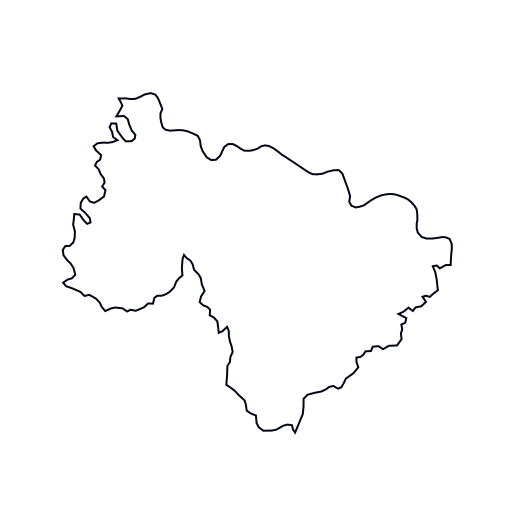 outline of Pinhal da Serra, Rio Grande do Sul, Brazil, rotated 349°
{"feature_id": "56859067B60137678530591", "entity_name": "Pinhal da Serra", "entity_type": "district", "adm_level": 2, "iso_a3": "BRA", "parent_name": "Brazil", "parent_adm1": "Rio Grande do Sul", "projection": "robinson", "projection_center": [-51.231, -27.853], "detail": "fine", "context": "isolated", "style": "outline", "palette": "ink", "viewbox_px": 512, "rotation_deg": 349, "n_neighbors": 0, "source": "geoboundaries", "source_scale": "gbopen_adm2", "svg_char_len": 3746}
<svg xmlns="http://www.w3.org/2000/svg" viewBox="0 0 512 512"><g transform="rotate(349 256 256)"><path d="M192.1,93.8L190.8,86.7L189.8,82.1L188.0,78.4L183.7,76.0L177.6,76.2L172.4,77.7L167.8,78.7L162.8,78.0L158.5,76.5L151.3,75.2L152.6,79.1L153.5,83.0L150.0,87.3L145.6,92.3L149.7,92.9L153.2,93.4L156.2,97.2L156.7,103.0L158.0,109.2L160.7,114.0L159.3,117.7L155.7,119.5L150.2,118.7L148.0,115.5L146.3,112.0L143.8,106.4L144.1,99.4L139.3,98.2L136.9,101.6L138.4,106.6L138.4,112.0L142.1,115.8L136.9,116.8L132.1,116.6L127.4,115.5L121.9,115.1L117.5,117.3L119.1,121.8L123.2,127.4L121.4,131.7L117.7,133.3L115.2,136.4L118.1,140.9L119.1,145.9L121.5,150.9L121.4,155.0L118.2,158.5L120.8,162.6L118.2,168.5L112.1,171.5L107.2,172.9L103.4,170.8L100.8,165.3L97.4,166.7L94.1,170.4L92.7,176.0L96.7,181.2L100.1,187.2L99.9,191.5L96.4,192.2L93.8,188.3L90.8,181.7L85.6,180.1L84.0,185.8L82.5,190.1L82.9,197.5L81.4,203.7L79.2,207.9L75.0,210.5L70.7,209.9L67.5,213.1L67.2,218.5L69.8,224.0L72.5,227.8L74.6,232.9L75.0,239.9L70.9,242.8L66.5,243.2L61.6,245.4L63.9,249.5L69.0,252.4L76.9,257.8L80.0,262.5L84.9,262.3L90.7,267.2L93.7,271.9L94.8,276.4L97.5,281.3L103.6,279.8L108.1,279.7L111.5,280.9L114.9,281.8L119.0,285.9L122.5,284.8L127.5,286.8L133.1,285.7L136.4,284.9L141.0,282.0L145.8,283.1L148.2,277.7L151.4,276.2L156.0,277.0L159.9,276.4L164.5,274.7L169.5,271.2L172.8,266.0L176.5,262.9L180.1,261.0L180.8,254.5L182.3,248.6L183.4,244.8L185.5,241.2L187.6,244.9L190.6,247.8L192.2,251.9L192.6,257.8L196.1,263.0L197.6,267.2L197.4,273.7L198.9,280.5L194.4,285.1L191.9,290.5L194.8,294.4L198.5,296.7L200.7,300.0L199.3,305.3L203.0,308.5L205.6,312.8L205.2,319.3L204.8,324.3L208.7,323.4L214.1,320.0L215.0,324.5L214.1,329.1L214.1,335.0L214.8,339.5L214.8,345.7L211.5,350.4L210.2,355.1L207.0,358.4L205.7,363.8L204.6,368.5L202.3,376.8L205.2,379.6L209.2,384.0L212.8,389.6L217.2,395.5L217.7,399.5L217.4,406.0L220.5,409.3L225.5,412.6L224.7,420.0L226.0,424.6L229.9,428.9L234.2,429.7L238.4,430.4L243.1,430.3L250.3,427.8L254.7,427.5L259.0,428.9L259.2,433.2L260.7,436.8L271.7,420.2L273.9,413.0L275.5,405.2L280.2,402.0L287.4,401.5L294.5,401.5L299.3,400.2L302.8,398.5L307.1,398.3L311.3,401.9L314.8,401.1L318.1,397.2L320.8,393.5L325.3,391.5L329.3,389.6L335.2,384.8L334.4,379.2L335.2,374.9L339.2,375.0L342.5,373.4L345.3,370.5L350.7,371.2L353.3,367.3L359.0,367.9L362.9,371.7L369.3,369.5L377.3,370.7L383.0,365.5L383.5,359.5L385.5,356.2L385.6,351.0L389.9,349.9L391.7,345.6L388.1,342.8L384.8,340.1L390.2,338.8L395.8,335.8L399.5,339.9L402.8,336.9L408.6,336.9L414.1,333.5L411.7,327.8L415.2,327.4L418.8,329.3L422.7,326.9L428.0,324.3L428.4,318.9L428.9,313.5L428.9,306.3L427.6,299.8L431.5,299.8L434.1,303.2L440.5,301.1L445.4,302.0L446.5,297.2L447.8,292.2L449.7,285.9L450.4,281.4L449.3,276.2L445.7,273.8L442.3,272.9L438.2,272.9L432.5,272.5L426.7,271.4L422.3,269.0L419.3,263.9L419.0,259.5L419.9,255.0L421.4,251.0L422.3,245.4L422.6,240.9L421.2,237.0L418.8,232.9L415.9,229.4L412.7,226.9L409.5,225.0L406.4,223.1L402.7,221.5L398.3,220.5L394.4,220.3L390.3,220.4L384.7,221.5L379.5,223.3L375.3,225.2L371.5,226.9L367.2,227.4L363.3,227.4L359.2,224.8L357.9,220.5L359.8,215.0L359.2,208.5L358.1,201.8L357.4,197.2L356.5,191.6L353.7,187.5L348.3,186.6L342.2,186.9L336.9,187.9L331.5,187.5L327.3,186.5L324.3,184.5L321.5,181.9L311.0,171.4L303.2,163.8L300.3,161.0L297.2,157.3L293.6,153.5L289.7,150.5L285.8,149.1L282.1,149.3L278.0,150.9L273.8,151.5L269.9,151.5L264.7,150.4L261.0,147.4L258.4,144.7L254.7,141.7L250.1,140.8L245.7,142.9L243.3,146.1L240.1,150.6L235.0,153.9L230.4,153.3L226.5,149.8L223.5,142.6L222.7,137.4L223.1,131.7L221.8,127.0L217.0,123.4L212.2,120.3L208.5,118.8L204.6,117.7L200.7,117.2L195.7,116.6L191.3,114.8L189.0,111.9L188.5,107.2L188.5,102.5L189.4,97.9L192.1,93.8Z" fill="none" stroke="#020617" stroke-width="2"/></g></svg>